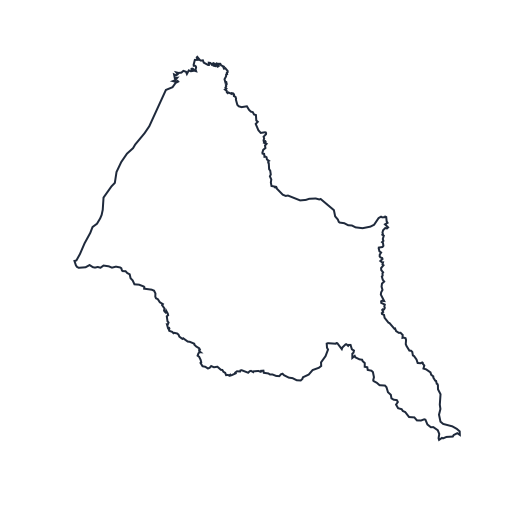 the district of Mazagão, Amapá, Brazil, rotated 173°
{"feature_id": "56859067B25777326370165", "entity_name": "Mazagão", "entity_type": "district", "adm_level": 2, "iso_a3": "BRA", "parent_name": "Brazil", "parent_adm1": "Amapá", "projection": "albers", "projection_center": [-52.07, -0.043], "detail": "fine", "context": "isolated", "style": "outline", "palette": "slate", "viewbox_px": 512, "rotation_deg": 173, "n_neighbors": 0, "source": "geoboundaries", "source_scale": "gbopen_adm2", "svg_char_len": 6086}
<svg xmlns="http://www.w3.org/2000/svg" viewBox="0 0 512 512"><g transform="rotate(173 256 256)"><path d="M436.8,273.2L435.9,268.7L435.0,267.0L433.4,265.9L426.5,265.6L422.3,267.3L419.3,264.8L417.2,264.1L414.4,264.4L411.8,263.3L408.5,265.1L403.4,263.7L400.4,262.0L396.3,262.5L392.3,261.2L391.2,260.3L390.8,257.9L390.0,257.2L387.3,256.8L385.9,254.8L383.6,253.2L383.2,249.2L381.4,246.8L380.1,242.7L375.6,241.8L371.1,239.4L370.6,238.7L371.0,237.2L363.7,235.3L361.4,234.0L360.4,231.1L360.9,227.9L360.4,226.2L358.7,225.1L357.1,221.8L354.3,219.6L355.2,218.7L353.2,215.0L353.9,213.2L353.6,212.2L352.6,211.0L351.8,212.6L350.6,209.6L350.4,208.0L351.9,207.0L351.8,202.0L350.9,200.6L351.9,198.8L352.7,199.0L352.1,195.0L351.0,195.2L350.8,194.6L351.4,193.3L351.2,192.3L348.4,190.9L347.3,189.4L346.5,189.7L343.7,188.7L342.5,187.4L341.9,185.3L339.7,183.2L339.1,182.7L338.3,183.2L334.2,179.4L332.2,178.9L328.0,176.5L328.0,175.5L326.4,173.5L323.6,171.3L323.1,169.9L323.9,169.6L323.9,168.5L322.7,167.2L323.8,167.4L325.0,166.4L326.1,164.2L324.7,162.9L323.6,159.6L323.3,157.2L324.1,156.6L322.5,153.1L319.8,152.2L317.4,150.2L315.6,150.7L313.9,152.2L311.3,150.7L307.8,150.8L304.7,147.3L303.3,147.0L302.4,145.0L300.8,143.8L300.2,141.4L298.4,141.4L297.4,140.7L296.3,141.2L296.3,140.4L294.6,140.7L290.5,142.0L290.8,142.8L288.9,143.9L285.9,143.3L285.4,144.3L284.2,144.4L278.0,141.1L276.3,142.4L275.0,142.6L272.9,141.1L272.5,141.8L267.6,141.6L265.6,140.5L264.8,140.7L264.8,141.4L262.6,141.3L262.5,139.1L258.0,137.9L256.6,136.7L254.1,136.4L250.6,134.5L247.5,133.9L245.6,135.6L244.0,135.9L242.8,134.3L238.3,131.3L234.6,130.3L230.7,127.7L226.8,127.0L224.9,128.4L224.2,129.9L218.1,131.9L213.7,135.9L207.2,137.4L204.7,138.9L204.4,142.5L199.2,148.1L195.9,154.4L196.7,156.3L196.5,160.4L195.2,160.7L187.5,159.2L186.8,159.8L185.9,159.5L182.2,153.1L181.4,154.7L177.8,157.4L177.0,157.4L175.5,155.6L174.8,156.4L173.0,156.2L172.2,151.7L170.3,150.2L171.0,148.2L172.3,147.3L172.8,143.1L170.2,144.8L169.7,143.3L165.9,140.8L163.3,140.1L163.0,138.7L161.1,136.5L161.6,132.8L159.1,132.0L159.0,129.3L155.4,128.1L154.1,126.5L153.7,121.3L154.8,118.5L154.6,117.6L151.5,115.4L149.1,112.7L143.8,111.7L142.5,109.9L141.6,104.7L139.1,101.8L138.9,98.2L136.9,96.6L133.8,95.8L133.0,93.8L135.1,91.4L133.5,87.6L130.1,86.2L129.2,84.3L126.9,82.9L123.7,77.5L118.5,76.5L116.3,73.2L112.3,72.6L108.9,73.4L107.8,72.9L106.4,67.9L103.4,64.8L100.8,64.5L96.8,60.9L95.8,57.0L97.0,52.9L96.7,51.2L93.6,52.8L92.6,52.2L89.0,53.2L82.7,52.8L81.6,54.2L77.8,55.6L75.5,53.6L75.2,57.1L77.7,59.9L81.9,63.0L90.7,66.5L93.1,69.1L93.7,76.2L91.6,81.7L91.7,86.0L89.7,96.3L91.6,101.5L91.2,105.6L91.5,106.8L92.2,107.2L92.5,110.0L93.3,110.4L94.8,113.6L94.7,114.9L96.6,116.8L97.0,119.2L100.9,122.7L103.5,123.9L102.3,126.8L103.6,128.8L103.5,129.6L104.0,130.1L105.8,129.5L108.6,130.1L109.3,133.7L111.3,137.4L112.4,138.2L112.6,141.8L113.7,143.1L115.3,143.4L117.6,148.4L118.1,150.3L117.3,154.4L117.6,156.2L119.4,157.0L120.6,156.9L120.0,159.7L121.9,162.2L123.6,162.3L126.1,164.4L126.8,167.1L127.5,166.9L131.7,173.2L132.6,173.6L135.9,179.0L136.1,181.9L138.0,183.1L138.1,184.0L136.6,184.9L137.3,187.1L136.7,187.6L136.0,187.1L135.4,187.4L134.5,188.8L134.8,190.3L134.1,192.1L137.4,194.2L137.3,195.8L136.4,196.2L134.3,195.7L136.8,202.5L136.2,204.7L134.6,206.9L135.1,210.3L134.3,213.3L131.9,215.0L133.1,217.0L133.6,220.3L132.7,221.1L132.6,223.4L131.8,224.3L133.4,226.7L133.3,228.8L130.6,231.3L131.5,232.2L130.7,234.2L131.6,234.3L133.2,235.9L130.8,237.6L131.0,238.6L132.7,239.5L133.3,240.6L133.0,242.3L131.4,244.2L132.9,245.6L133.3,248.6L133.1,249.4L129.4,249.5L128.3,250.6L128.4,253.5L129.2,254.4L127.7,255.5L128.1,257.4L126.7,260.6L128.0,261.7L127.4,262.3L127.6,263.9L126.7,266.1L124.3,268.0L122.7,267.4L121.4,268.3L124.1,271.7L121.4,272.9L122.1,274.5L122.0,278.8L123.0,279.4L123.6,278.8L126.1,279.0L127.1,279.8L129.7,278.7L135.0,272.6L138.9,271.2L146.8,270.6L153.7,272.3L157.1,274.6L160.8,275.3L164.4,277.8L168.9,279.0L169.7,279.8L170.3,282.2L172.6,285.7L173.1,292.0L184.9,304.7L186.3,304.4L189.7,305.8L196.2,306.3L199.7,305.6L205.4,305.8L216.9,312.1L219.2,312.0L222.0,313.6L227.1,320.3L227.2,321.2L228.5,321.7L228.0,322.3L232.1,323.6L232.3,327.2L231.5,330.1L232.5,333.4L231.4,335.1L231.5,339.0L232.4,340.6L232.0,346.7L232.5,347.1L232.3,348.6L231.6,348.9L233.4,350.5L233.5,352.7L234.5,353.5L235.5,353.4L235.5,356.4L237.0,356.8L237.1,357.7L235.9,360.5L233.5,362.0L233.6,364.6L231.9,366.0L233.9,367.2L232.5,368.1L232.8,368.9L234.3,368.8L234.4,369.9L233.6,371.6L233.9,373.5L231.2,375.7L231.0,376.7L231.3,377.5L232.1,377.7L236.3,377.6L238.3,380.5L240.2,387.1L237.9,389.0L239.2,390.5L238.9,395.9L240.7,396.7L241.7,399.2L243.5,399.9L245.1,401.9L246.8,405.7L252.2,405.5L254.9,406.7L256.1,408.3L256.9,413.7L256.6,414.7L257.0,416.5L258.4,417.4L258.1,419.0L258.9,420.2L260.2,420.6L260.4,419.8L263.5,421.7L264.2,421.1L265.0,422.0L265.0,423.6L266.5,425.0L265.0,425.8L265.8,426.9L264.8,428.3L265.1,429.4L264.1,430.2L264.3,432.1L265.2,431.8L265.7,435.3L263.8,438.0L263.5,439.8L262.5,440.0L262.6,441.5L261.7,442.0L261.6,443.1L263.6,446.2L264.9,445.8L265.4,447.3L264.9,447.9L267.4,449.5L268.0,451.1L269.7,451.3L269.8,449.1L270.9,448.6L271.5,449.7L271.0,451.6L271.7,452.0L272.7,451.3L273.1,449.4L274.8,450.0L274.2,452.2L274.7,452.6L275.5,452.3L275.7,451.1L276.4,451.0L277.8,453.2L279.3,453.6L279.4,451.4L280.2,451.4L284.3,454.3L284.9,456.7L286.8,456.6L287.7,457.2L290.0,460.8L290.6,460.3L289.9,457.8L292.8,458.1L294.6,453.4L294.6,452.4L293.4,452.3L292.6,451.5L292.5,450.3L293.3,448.6L292.9,446.7L294.7,447.5L295.8,449.5L296.6,449.8L297.3,449.4L296.4,447.4L298.2,447.3L300.1,448.4L302.4,445.1L303.0,447.4L305.5,448.6L307.7,447.1L310.5,447.1L312.7,447.9L311.6,446.0L313.2,445.0L315.2,446.2L314.9,442.3L312.6,442.4L314.8,440.3L317.1,439.7L314.3,438.6L312.5,439.3L312.0,438.6L314.7,437.6L318.3,433.7L325.2,431.8L346.1,397.8L351.7,391.4L362.3,381.4L364.9,378.0L371.6,373.3L378.3,365.7L384.2,356.4L387.2,345.8L391.0,342.7L400.2,332.6L402.5,320.5L404.2,315.6L406.1,312.3L409.9,307.4L414.7,304.7L417.7,299.1L424.6,289.5L430.5,279.4L434.8,273.5L436.8,273.2Z" fill="none" stroke="#1e293b" stroke-width="2"/></g></svg>